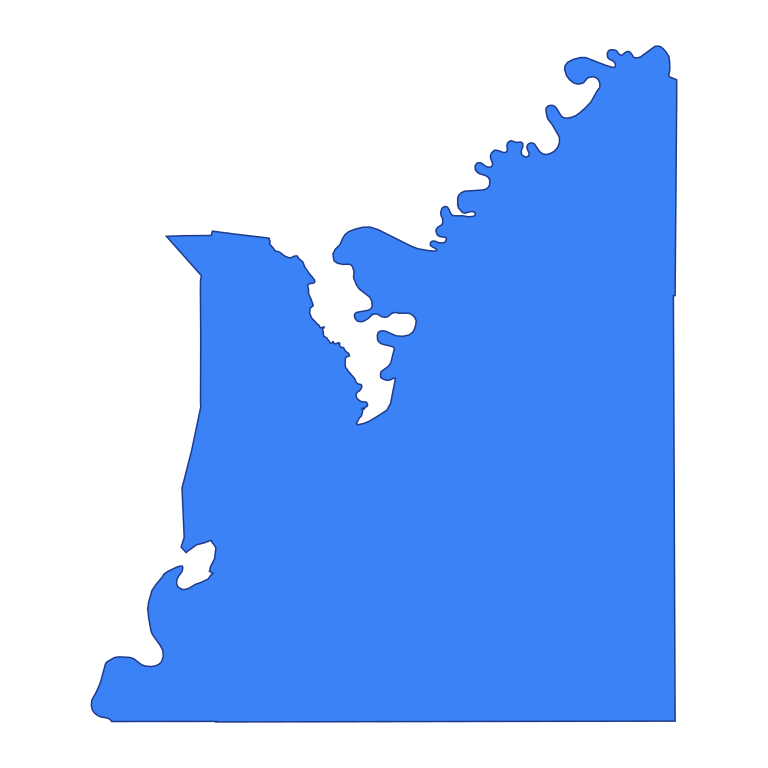 the district of Renmark Paringa, South Australia, Australia
{"feature_id": "25037944B48526955129661", "entity_name": "Renmark Paringa", "entity_type": "district", "adm_level": 2, "iso_a3": "AUS", "parent_name": "Australia", "parent_adm1": "South Australia", "projection": "orthographic", "projection_center": [140.752, -34.143], "detail": "fine", "context": "isolated", "style": "filled", "palette": "blue", "viewbox_px": 768, "rotation_deg": 0, "n_neighbors": 0, "source": "geoboundaries", "source_scale": "gbopen_adm2", "svg_char_len": 6048}
<svg xmlns="http://www.w3.org/2000/svg" viewBox="0 0 768 768"><path d="M676.7,79.8L669.4,76.8L668.8,75.8L669.8,69.6L669.7,62.7L669.0,56.8L666.5,52.7L663.3,48.8L661.3,47.2L659.5,46.3L656.7,46.1L654.8,46.5L640.4,57.0L637.7,57.8L635.1,57.8L633.6,57.2L631.6,54.0L629.8,52.0L628.4,51.4L626.6,51.7L625.0,52.6L623.1,54.3L621.8,55.1L620.7,55.2L618.9,53.9L616.4,50.8L614.6,50.0L611.9,49.7L609.7,50.1L608.4,50.9L607.2,53.8L607.7,57.6L609.9,59.5L613.0,60.9L614.7,62.7L615.5,64.9L615.3,66.5L614.4,67.3L612.8,67.4L606.2,65.5L585.8,57.6L580.5,57.5L573.3,59.4L567.5,62.4L565.0,65.9L564.6,69.3L566.3,75.2L569.6,79.8L573.9,83.0L577.4,84.0L579.9,83.9L582.7,83.1L583.7,82.5L586.8,78.9L588.6,77.5L593.0,76.7L595.8,77.6L598.0,79.3L599.2,81.6L599.9,83.6L599.8,87.1L599.4,88.3L598.2,89.3L597.3,90.6L590.9,102.0L584.9,108.3L579.9,112.7L576.0,115.5L571.9,117.2L568.0,118.1L564.9,118.0L562.3,117.1L560.6,115.0L557.2,109.3L555.5,107.0L553.1,105.5L550.4,105.3L548.4,105.8L546.5,107.6L545.9,109.0L546.3,113.0L546.9,116.3L548.0,119.2L552.1,124.5L559.2,136.8L559.6,142.2L557.6,147.6L554.1,151.4L549.8,153.7L546.1,154.5L543.2,154.1L539.7,151.7L534.3,143.8L531.7,142.9L529.6,143.2L527.8,144.6L526.9,146.8L527.3,149.3L529.1,153.0L529.0,154.4L528.6,155.8L527.4,156.7L525.8,157.1L523.9,156.3L521.7,154.7L521.3,152.6L521.4,150.1L522.9,146.5L522.8,143.7L521.7,142.3L520.3,142.0L517.3,142.4L515.8,142.3L511.3,140.7L509.6,141.2L507.8,142.7L506.9,145.2L507.4,149.9L506.9,151.4L505.7,152.3L503.7,152.6L498.6,150.7L495.5,150.1L493.7,150.7L491.2,153.4L490.4,156.3L490.8,158.8L492.7,163.8L492.2,165.8L490.9,166.8L488.7,167.3L486.4,166.7L481.2,163.0L478.6,162.7L476.9,163.2L475.1,165.9L475.3,169.4L476.2,171.1L478.7,173.4L485.8,175.7L488.2,177.3L489.7,180.0L489.7,184.4L488.6,186.9L486.4,188.9L482.8,190.0L465.0,191.1L461.5,192.5L458.8,195.2L457.7,197.7L457.7,205.1L458.4,207.8L462.2,212.2L464.0,213.1L465.0,213.2L470.9,211.6L472.8,211.6L474.6,212.4L475.0,213.1L475.3,214.5L475.0,215.4L474.1,216.0L472.4,216.5L467.8,216.7L462.9,215.8L455.0,215.8L452.5,215.4L450.7,213.4L448.5,208.4L446.8,206.8L444.4,206.5L441.9,208.3L440.7,212.3L441.1,215.7L442.6,218.7L442.8,222.6L441.9,224.7L437.8,227.2L436.3,229.2L435.9,231.3L437.3,235.0L439.8,236.6L445.0,237.3L446.1,237.7L446.4,239.4L445.4,241.5L444.2,242.6L441.7,242.9L438.7,242.7L435.4,241.3L432.9,241.0L431.5,241.5L430.5,242.8L430.3,244.6L430.6,245.8L436.5,249.2L436.7,250.0L436.3,250.7L434.8,251.1L428.2,250.6L417.8,248.7L411.4,246.3L378.5,229.8L370.2,227.1L362.9,227.2L355.3,229.1L348.8,231.6L345.0,234.6L342.5,238.8L339.8,244.9L335.3,249.2L333.0,253.8L333.4,258.0L334.3,261.1L337.6,263.3L343.0,264.4L348.9,264.2L350.6,264.6L352.5,266.7L354.0,271.3L353.6,276.3L353.7,278.1L356.6,285.2L359.5,289.2L369.7,297.1L371.9,301.3L372.1,306.6L370.5,309.2L367.5,310.4L356.8,312.3L355.0,313.6L354.3,315.6L355.0,318.3L357.1,321.0L360.4,321.8L364.1,321.0L367.8,318.8L372.5,314.5L375.1,313.9L377.4,314.1L381.6,316.7L385.1,317.3L387.4,316.9L392.1,313.2L394.7,312.5L396.5,312.6L399.2,313.3L405.9,313.1L409.8,313.5L412.4,315.1L414.8,317.5L416.2,320.7L415.8,324.7L414.3,329.5L412.6,332.4L409.0,335.0L402.9,336.3L396.2,335.9L386.0,331.4L383.3,330.8L380.4,331.0L378.3,332.3L377.3,335.5L377.6,339.9L379.3,342.4L381.5,343.9L392.7,346.7L394.0,347.7L394.3,348.8L390.8,362.7L388.6,366.1L381.1,371.6L380.4,374.7L380.8,377.5L382.8,379.0L386.6,380.3L389.6,380.1L394.2,378.1L395.0,378.1L395.4,378.5L390.6,403.3L386.9,410.1L380.1,414.6L369.7,421.0L363.6,423.5L357.5,424.8L356.4,422.7L357.5,421.7L359.0,418.5L360.0,417.2L360.9,416.6L361.6,415.3L362.7,410.9L362.0,409.5L362.2,408.4L363.4,408.2L363.6,409.2L363.9,409.2L365.5,407.2L365.7,406.6L366.8,406.6L367.5,405.5L367.5,404.0L366.4,402.1L362.2,401.7L360.4,401.2L357.9,399.3L356.6,397.5L356.0,395.9L356.2,393.9L357.0,392.5L359.7,390.6L361.0,389.0L361.8,386.5L361.6,385.1L360.9,384.5L358.2,384.0L356.8,383.0L355.5,381.0L354.9,378.9L347.8,370.6L347.1,369.3L345.8,367.7L345.3,366.4L345.2,361.1L345.4,358.9L345.9,357.5L346.6,356.8L349.4,356.0L349.4,355.4L348.9,353.9L348.0,352.9L346.6,352.1L344.6,349.9L343.6,347.7L341.1,347.2L340.0,346.3L339.6,345.4L339.7,343.5L339.5,343.0L337.8,342.8L336.2,343.7L334.5,343.8L334.0,343.3L333.6,342.0L333.4,341.8L332.5,341.9L332.0,342.8L331.2,343.3L330.1,342.9L329.2,341.1L328.2,340.1L326.9,338.0L323.7,336.1L323.1,331.3L322.4,329.3L324.0,327.7L324.1,327.0L323.5,327.0L320.9,327.8L320.0,327.6L319.3,325.6L316.3,323.2L315.6,322.1L312.8,319.3L311.3,317.4L309.7,313.1L310.0,308.9L310.6,307.8L312.9,306.0L313.2,305.2L311.0,299.0L308.8,294.2L308.5,292.2L308.6,289.8L307.7,285.7L308.2,284.7L309.2,283.7L313.5,283.1L314.3,282.6L314.9,281.4L314.6,280.2L312.3,277.1L309.7,274.1L304.9,267.3L302.8,261.9L299.0,258.8L297.1,255.9L294.4,256.1L290.8,257.8L288.5,257.6L284.7,256.0L280.0,252.4L278.4,251.7L275.4,251.0L272.4,247.1L270.1,244.5L269.5,243.3L270.1,242.2L270.1,241.2L269.3,239.9L269.2,239.1L269.4,238.4L266.2,237.8L230.1,233.5L227.8,233.0L226.1,233.0L212.5,231.1L211.1,235.5L184.7,235.7L166.4,236.3L201.4,275.7L200.5,280.4L200.4,290.3L200.7,336.3L200.5,403.4L200.8,406.7L191.7,450.2L182.0,488.2L184.2,537.4L181.1,547.1L186.1,552.6L187.1,551.6L196.7,544.7L204.1,542.9L210.0,540.7L211.6,540.5L211.7,541.8L214.8,545.9L215.9,548.2L214.6,558.6L210.4,566.8L209.8,570.6L209.4,571.3L213.0,573.4L211.4,574.5L207.9,579.2L200.6,582.6L195.5,584.3L188.3,588.6L184.1,589.6L182.1,589.3L179.5,588.0L177.6,586.4L176.7,584.0L176.6,581.6L177.1,579.4L178.3,576.6L181.9,571.6L182.6,569.3L182.8,567.3L182.3,566.2L180.6,566.0L176.5,567.2L167.8,571.4L164.1,574.0L162.2,577.1L155.6,585.0L151.9,590.6L148.7,602.0L147.7,608.8L148.8,618.7L151.0,630.9L152.5,634.7L159.9,645.0L162.8,650.3L163.3,656.2L161.6,661.6L158.9,664.3L155.9,665.7L151.6,666.6L145.5,666.1L141.5,664.7L133.7,658.7L129.6,657.4L119.5,656.9L116.3,657.2L114.0,657.8L106.7,662.1L105.4,664.0L100.4,682.6L96.5,691.6L91.8,700.2L91.3,705.5L92.5,710.2L94.6,713.1L97.5,715.4L101.1,717.0L107.3,718.0L110.3,719.6L111.6,721.5L216.5,721.4L216.1,721.9L238.6,721.9L675.1,721.1L673.4,295.6L675.1,295.6L676.7,97.3L676.7,79.8Z" fill="#3b82f6" stroke="#1e3a8a" stroke-width="1.5"/></svg>